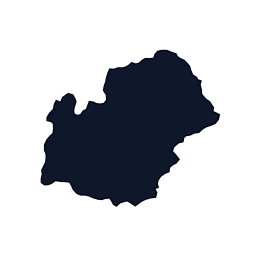 the district of Silveirânia, Minas Gerais, Brazil, rotated 206°
{"feature_id": "56859067B59643635589042", "entity_name": "Silveirânia", "entity_type": "district", "adm_level": 2, "iso_a3": "BRA", "parent_name": "Brazil", "parent_adm1": "Minas Gerais", "projection": "orthographic", "projection_center": [-43.2, -21.146], "detail": "fine", "context": "isolated", "style": "filled", "palette": "ink", "viewbox_px": 256, "rotation_deg": 206, "n_neighbors": 0, "source": "geoboundaries", "source_scale": "gbopen_adm2", "svg_char_len": 1828}
<svg xmlns="http://www.w3.org/2000/svg" viewBox="0 0 256 256"><g transform="rotate(206 128 128)"><path d="M87.5,61.3L85.8,64.5L84.1,67.8L81.2,71.6L77.2,75.2L73.0,77.9L73.9,82.4L77.7,85.3L74.9,87.9L77.4,90.6L78.2,94.0L77.6,98.9L74.9,103.7L72.1,106.7L73.6,110.7L71.7,114.9L69.6,117.4L68.4,122.2L73.6,124.7L78.0,126.3L78.7,130.9L76.2,136.9L72.7,139.8L73.8,143.8L72.4,146.9L69.3,148.9L66.4,152.6L62.6,155.1L60.8,159.7L58.2,163.6L55.1,166.6L51.7,170.5L50.7,175.2L51.8,180.0L55.8,180.0L59.1,179.9L60.2,183.8L63.8,185.8L66.4,187.4L69.8,187.7L72.9,188.9L76.7,190.5L79.2,194.8L82.4,198.6L83.0,202.2L86.3,201.8L88.8,203.5L93.1,203.9L96.4,206.7L99.8,210.3L103.4,212.0L107.4,213.3L111.9,213.2L114.8,213.7L117.5,215.6L122.0,214.9L126.8,214.7L131.5,212.5L134.8,209.9L135.9,206.0L135.3,201.9L139.8,199.2L142.8,198.0L144.8,195.0L146.1,191.4L148.9,188.8L153.2,188.2L154.9,184.2L157.2,181.1L159.7,179.2L163.2,177.7L166.0,174.7L170.2,172.9L170.0,168.5L169.2,163.5L168.1,160.0L167.7,155.6L166.4,151.1L161.9,148.4L159.3,143.8L160.2,139.6L163.2,137.3L167.2,135.9L170.8,135.9L174.3,134.8L173.8,130.0L173.4,126.4L175.6,123.8L176.4,119.0L178.9,117.0L182.6,116.8L184.7,119.9L185.7,124.0L186.4,128.7L188.7,131.1L192.1,133.4L196.8,132.7L200.0,126.8L199.6,121.5L204.4,121.1L204.5,117.0L203.1,112.3L204.8,106.9L205.3,102.2L204.0,99.3L200.1,100.2L197.1,99.6L194.5,95.0L192.9,90.3L194.5,86.2L195.6,81.9L195.5,76.3L193.2,71.6L190.2,68.9L188.1,64.9L186.9,60.7L186.9,56.5L186.9,52.4L184.6,48.8L183.7,44.7L182.0,41.2L178.3,40.4L175.0,42.2L172.7,44.6L170.3,49.0L164.4,50.9L160.0,52.9L156.6,53.8L153.6,51.7L149.9,48.7L145.1,46.9L140.7,47.3L137.8,48.9L133.9,49.9L128.9,50.2L123.9,51.0L120.3,52.3L117.6,54.9L113.8,57.2L110.7,55.4L107.5,53.1L104.2,52.9L102.7,57.0L100.0,59.7L96.9,62.3L92.3,62.0L87.5,61.3Z" fill="#0f172a" stroke="#020617" stroke-width="1.5"/></g></svg>